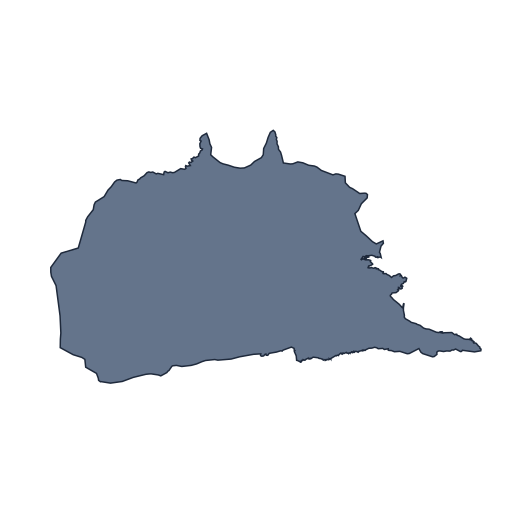 outline of Rutshuru, Nord-Kivu, Democratic Republic of the Congo, rotated 81°
{"feature_id": "63176286B25642850349509", "entity_name": "Rutshuru", "entity_type": "district", "adm_level": 2, "iso_a3": "COD", "parent_name": "Democratic Republic of the Congo", "parent_adm1": "Nord-Kivu", "projection": "natural_earth1", "projection_center": [29.515, -0.961], "detail": "fine", "context": "isolated", "style": "filled", "palette": "slate", "viewbox_px": 512, "rotation_deg": 81, "n_neighbors": 0, "source": "geoboundaries", "source_scale": "gbopen_adm2", "svg_char_len": 6113}
<svg xmlns="http://www.w3.org/2000/svg" viewBox="0 0 512 512"><g transform="rotate(81 256 256)"><path d="M169.6,200.0L170.7,205.2L170.5,207.7L168.4,214.4L160.8,215.0L157.2,215.5L154.1,217.1L151.6,216.8L148.5,217.7L145.9,217.2L144.2,217.7L142.2,216.9L140.8,217.8L139.4,217.5L136.4,217.9L134.6,219.3L136.1,222.5L140.8,225.5L146.1,228.1L151.0,231.6L157.1,233.0L159.7,235.3L162.4,242.7L165.4,247.0L167.2,253.7L166.8,257.9L164.9,263.6L162.0,269.1L159.8,274.2L158.1,276.9L151.3,283.1L148.9,284.9L141.8,282.9L138.0,284.0L133.9,284.1L127.1,285.6L128.8,290.4L131.0,292.8L133.1,293.3L133.9,292.2L136.3,293.9L139.2,294.2L140.9,293.9L141.9,292.1L142.9,292.7L143.6,294.5L145.4,295.4L146.4,296.7L148.3,297.1L149.4,300.5L148.6,301.8L150.0,303.8L149.9,304.8L151.2,304.8L152.3,303.6L153.4,305.6L152.8,307.1L153.5,307.9L156.4,306.7L156.5,310.0L155.7,311.2L156.5,311.7L158.6,311.5L159.2,313.0L157.9,316.7L160.7,323.5L160.7,325.3L159.7,327.6L160.0,329.9L158.2,332.6L158.7,333.6L161.2,334.5L159.0,340.0L159.3,341.7L156.9,344.8L157.0,346.9L156.2,348.7L156.6,350.6L159.3,354.0L160.7,357.6L161.9,359.1L162.2,360.5L164.7,362.2L165.1,363.1L161.6,371.0L160.4,376.8L159.2,378.0L159.3,381.5L160.8,384.1L164.9,388.1L167.7,391.8L173.6,396.7L177.6,406.2L180.1,407.9L184.8,409.5L190.9,416.1L194.2,418.6L195.9,418.9L220.3,430.3L222.7,448.0L235.2,460.5L239.9,461.2L244.1,461.2L254.0,458.1L284.5,458.9L301.6,460.8L307.4,462.2L315.9,463.7L324.9,452.0L328.9,443.9L331.3,441.2L339.2,441.6L347.0,431.9L351.9,430.9L354.2,430.9L355.9,429.3L355.9,428.5L358.8,419.6L359.0,407.7L356.7,396.3L355.6,383.2L355.8,379.7L356.0,378.0L358.2,371.1L359.5,368.8L357.2,362.3L356.0,361.1L355.5,359.9L351.8,356.4L351.4,355.5L351.6,351.7L353.5,346.6L353.9,337.1L353.3,331.5L351.9,325.9L351.3,322.1L351.8,312.9L352.9,310.0L353.9,296.7L353.0,288.0L352.7,273.8L353.4,266.6L354.7,267.1L355.5,266.7L355.9,265.9L355.9,264.1L354.5,262.4L354.4,261.5L355.6,261.4L355.9,260.3L355.7,259.6L354.2,258.2L354.1,250.9L353.5,246.5L354.0,245.0L353.6,244.8L353.1,243.5L351.5,235.3L353.2,232.8L355.1,233.0L355.4,232.4L356.3,233.1L360.9,231.9L365.4,232.2L365.7,231.4L367.2,229.2L367.8,228.8L367.9,228.2L367.2,227.5L366.7,227.8L366.4,227.5L366.6,227.0L366.3,226.8L366.4,226.0L365.7,225.7L366.5,224.5L366.3,224.2L366.5,223.7L365.7,222.6L365.5,222.0L365.8,221.5L365.5,221.7L365.4,220.7L365.0,220.4L366.1,219.8L366.1,219.2L365.5,218.6L366.1,218.2L365.8,217.1L365.1,216.2L364.9,215.2L366.3,210.4L367.0,209.8L367.5,208.0L367.9,207.6L368.4,206.2L369.1,206.1L369.5,205.4L369.1,204.1L369.6,203.5L369.9,203.6L369.6,202.2L369.3,202.3L369.3,201.2L369.8,200.7L369.8,200.2L369.4,199.7L369.0,199.7L369.4,199.3L369.4,198.9L369.1,199.1L369.0,198.2L369.3,198.1L368.9,198.0L366.8,192.7L367.2,192.4L366.7,191.1L367.2,190.1L366.7,189.9L365.2,187.6L365.4,186.9L365.9,186.6L365.9,186.9L366.5,186.3L366.0,185.3L365.7,185.3L365.7,185.9L365.5,185.7L365.5,185.0L365.9,184.9L366.0,183.9L365.4,182.2L365.6,182.2L365.7,181.5L366.2,181.3L366.4,180.0L366.8,179.8L366.4,179.5L366.3,178.7L366.8,178.3L366.2,178.0L366.3,177.2L365.9,176.4L366.4,175.9L366.2,175.8L366.3,175.4L365.8,175.7L366.3,174.1L365.6,174.1L366.0,173.5L365.7,173.4L365.8,172.1L366.2,171.3L366.7,170.9L366.4,170.1L366.9,169.9L366.2,168.9L366.0,166.6L366.2,166.2L365.8,166.1L365.6,165.3L366.2,165.5L366.3,165.2L366.2,163.8L365.9,163.3L366.2,162.8L365.9,162.6L364.8,159.0L365.1,156.0L364.7,153.2L365.4,151.3L366.7,149.8L367.1,145.2L368.4,143.9L368.3,139.9L369.5,140.2L370.0,139.6L370.6,137.0L372.2,134.3L372.7,128.8L376.2,121.9L376.3,119.9L372.9,109.6L376.8,108.2L378.5,106.6L383.2,97.4L383.2,95.8L381.5,92.7L379.3,92.5L378.4,90.9L378.5,89.3L379.7,85.7L379.6,82.6L380.3,79.2L379.5,77.1L379.8,75.6L379.1,73.4L382.4,69.0L382.4,67.9L381.4,66.9L384.9,55.2L384.8,48.8L383.2,48.3L382.2,49.3L381.1,49.1L379.7,50.4L376.8,52.1L376.4,52.7L375.9,54.7L375.5,54.8L375.2,54.2L374.7,54.1L374.1,55.0L373.4,55.2L373.3,56.0L372.7,55.9L372.3,56.5L371.7,56.1L370.7,56.9L371.6,58.0L372.1,57.7L371.5,59.2L371.1,61.8L370.3,63.7L366.7,67.9L365.8,69.8L364.8,69.9L364.5,70.7L364.8,71.7L364.7,72.2L362.2,74.6L361.3,81.7L361.4,83.5L360.4,86.0L360.0,85.4L360.2,83.8L359.9,84.0L359.7,86.0L360.2,87.5L359.5,89.8L355.4,96.4L354.6,99.5L353.4,101.8L350.2,104.7L348.7,107.6L347.9,108.4L345.8,113.1L344.5,114.3L341.3,118.3L339.6,119.1L337.8,118.7L332.8,118.9L330.3,118.5L326.4,117.3L326.2,117.6L326.5,117.9L329.5,119.0L329.9,119.6L326.1,122.1L320.5,127.1L318.6,128.2L316.9,129.5L316.1,129.6L315.6,129.3L315.0,128.1L314.2,127.8L313.8,127.2L314.1,123.5L312.7,120.9L312.1,120.5L311.4,121.2L311.0,120.5L309.3,120.2L309.5,119.6L311.1,118.9L311.2,117.7L310.8,116.7L309.7,116.7L309.0,115.8L308.5,115.9L308.2,116.3L308.5,116.9L308.6,117.7L308.1,117.7L306.7,116.7L306.1,114.7L304.6,113.6L305.0,112.9L304.6,112.5L304.6,111.9L301.6,110.6L300.2,112.2L300.8,113.7L300.7,114.3L300.1,114.9L298.1,115.5L298.1,116.6L297.3,116.1L296.5,116.3L296.0,117.3L296.1,118.4L297.1,120.9L297.1,123.3L298.4,125.5L296.2,127.3L294.5,129.8L293.7,130.3L293.5,132.4L293.2,133.2L292.7,133.3L291.9,132.6L291.5,132.7L291.0,134.2L289.2,136.1L288.6,137.3L287.8,137.1L287.3,138.3L287.5,139.2L286.4,139.4L286.1,140.3L286.6,141.5L285.8,143.3L285.4,143.7L285.7,145.2L285.2,147.1L284.8,147.1L284.3,146.3L283.7,146.5L283.4,146.2L283.3,144.3L282.5,142.1L281.9,142.1L279.5,144.0L278.7,143.4L278.3,143.5L277.4,145.3L276.9,148.6L275.9,150.0L275.7,151.4L276.2,152.5L275.8,152.8L274.6,151.8L274.7,150.9L273.6,150.8L273.2,150.4L273.8,148.2L274.2,148.2L274.5,149.0L275.0,149.2L275.8,147.7L275.6,147.4L275.0,147.7L274.7,147.4L274.7,144.8L274.2,144.7L274.3,146.1L273.7,146.5L273.4,147.6L273.1,147.5L272.9,146.8L273.3,145.5L273.4,141.5L274.9,138.5L275.8,138.2L275.9,137.3L276.6,136.1L275.9,136.0L276.4,135.1L276.5,133.2L277.1,132.6L272.9,132.9L271.7,133.5L265.8,131.0L263.4,128.2L260.9,128.2L262.9,135.3L260.0,138.8L253.4,143.9L248.0,148.6L229.6,151.7L226.9,147.8L220.9,143.8L216.0,137.1L212.8,136.3L211.3,137.5L210.9,139.1L210.5,143.8L204.6,150.1L202.8,152.8L197.7,156.3L191.2,155.6L188.0,161.9L187.4,164.3L187.9,167.3L181.7,178.1L177.8,181.8L176.3,184.2L174.6,189.8L171.3,195.1L169.6,200.0Z" fill="#64748b" stroke="#1e293b" stroke-width="1.5"/></g></svg>